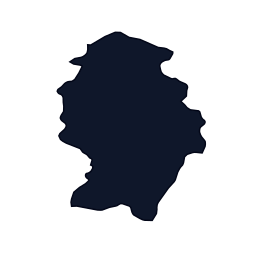 map outline of Rapti (Albers equal-area conic projection), rotated 164°
{"feature_id": "NPL-373", "entity_name": "Rapti", "entity_type": "Administrative Zone", "adm_level": 1, "iso_a3": "NPL", "parent_name": "Nepal", "parent_adm1": "", "projection": "albers", "projection_center": [82.542, 28.326], "detail": "fine", "context": "isolated", "style": "filled", "palette": "ink", "viewbox_px": 256, "rotation_deg": 164, "n_neighbors": 0, "source": "natural_earth", "source_scale": "10m", "svg_char_len": 2345}
<svg xmlns="http://www.w3.org/2000/svg" viewBox="0 0 256 256"><g transform="rotate(164 128 128)"><path d="M143.8,219.1L141.0,218.0L124.8,222.2L113.9,223.5L108.9,221.9L102.0,214.8L92.1,209.8L76.8,197.1L71.3,194.8L69.1,193.5L66.7,191.0L64.1,188.8L64.0,188.7L64.6,187.1L68.6,183.2L69.2,182.8L69.9,182.5L70.6,182.5L73.0,182.8L74.1,182.8L76.7,182.3L78.0,181.7L78.8,181.2L79.6,180.4L80.1,179.8L80.3,179.1L80.5,178.3L80.7,175.2L80.7,172.9L80.1,171.0L79.1,169.1L73.2,163.8L72.2,163.1L71.1,162.9L70.0,162.9L68.9,162.6L68.0,161.8L65.9,158.9L64.8,157.9L60.9,154.7L59.9,153.5L59.4,151.9L59.6,150.5L61.3,147.8L63.1,142.6L69.9,139.1L67.1,134.5L65.7,131.3L63.1,128.3L55.4,125.0L54.6,123.7L54.6,118.3L54.1,116.7L53.5,115.4L52.7,114.5L52.2,113.2L52.4,112.2L53.3,111.0L54.5,110.4L57.6,109.1L58.2,108.7L59.1,107.8L59.8,106.3L60.4,104.4L60.2,101.3L59.7,99.1L57.8,94.7L57.6,93.4L58.1,91.2L59.0,89.1L63.6,83.6L69.3,85.9L71.0,86.4L72.8,86.6L78.4,86.4L81.6,84.7L84.2,79.4L85.0,78.3L85.8,77.4L88.1,76.0L89.7,74.7L92.3,72.0L96.9,65.1L98.4,63.7L105.7,59.2L119.5,48.2L121.1,46.3L122.2,43.7L122.7,41.7L124.3,37.9L130.2,32.5L137.5,34.8L139.2,35.8L141.3,37.6L146.3,42.7L146.9,43.9L147.3,45.8L147.3,48.0L147.2,49.9L147.4,51.4L148.2,52.6L154.2,56.8L156.0,57.4L158.2,57.0L159.5,56.5L161.2,56.4L167.7,56.9L175.4,56.3L177.2,56.7L179.9,57.6L198.8,67.1L203.8,68.3L203.2,72.4L201.8,75.3L197.7,81.2L191.0,84.2L184.2,86.1L181.2,87.6L179.7,88.7L180.2,89.8L181.5,91.5L181.9,92.5L182.0,93.7L181.4,95.2L180.4,95.7L179.0,95.6L177.5,95.8L175.5,96.6L173.2,98.8L172.5,100.3L172.6,101.4L174.1,102.7L171.1,107.4L171.8,108.8L173.1,109.9L174.6,113.4L175.7,114.7L177.3,116.3L178.2,117.4L179.6,121.4L191.5,130.5L194.3,133.3L196.0,135.6L196.6,139.5L195.0,141.4L189.3,144.2L187.6,145.7L186.7,147.1L186.6,148.5L187.1,150.0L189.5,153.2L190.1,154.5L190.3,156.3L189.6,157.5L188.7,158.6L185.3,161.6L183.7,166.6L183.1,170.5L181.9,175.0L182.2,177.3L183.1,178.7L184.2,179.5L185.1,180.4L185.5,181.3L185.9,182.8L185.3,183.7L184.6,184.4L180.4,185.9L176.6,188.2L175.1,188.7L173.5,189.0L171.9,188.9L168.9,188.3L165.8,189.3L160.1,194.3L155.7,199.1L155.3,199.7L155.1,200.5L156.7,201.7L162.6,204.5L165.6,207.6L160.0,209.4L153.6,208.8L151.6,209.0L149.2,209.8L147.9,210.5L146.9,211.2L146.3,212.0L145.8,212.9L145.0,214.5L144.1,217.8L143.8,219.1L143.8,219.1Z" fill="#0f172a" stroke="#020617" stroke-width="1.5"/></g></svg>